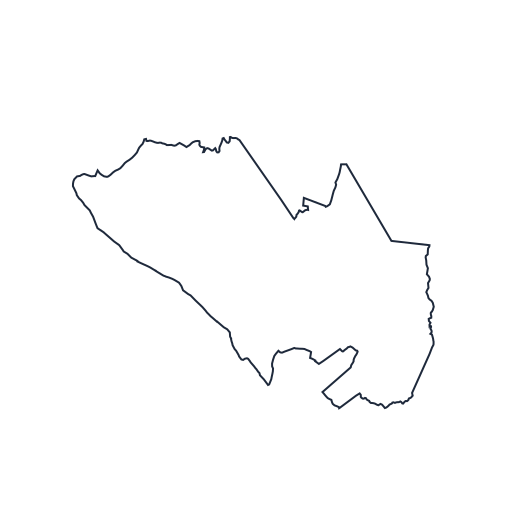 the district of Unión Hidalgo, Oaxaca, Mexico, rotated 200°
{"feature_id": "50627088B59683558731629", "entity_name": "Unión Hidalgo", "entity_type": "district", "adm_level": 2, "iso_a3": "MEX", "parent_name": "Mexico", "parent_adm1": "Oaxaca", "projection": "robinson", "projection_center": [-94.827, 16.487], "detail": "fine", "context": "isolated", "style": "outline", "palette": "slate", "viewbox_px": 512, "rotation_deg": 200, "n_neighbors": 0, "source": "geoboundaries", "source_scale": "gbopen_adm2", "svg_char_len": 5720}
<svg xmlns="http://www.w3.org/2000/svg" viewBox="0 0 512 512"><g transform="rotate(200 256 256)"><path d="M255.1,175.6L254.5,175.3L252.8,171.5L252.2,170.8L251.2,170.1L251.2,169.7L249.9,167.6L248.4,165.7L247.5,164.2L244.2,161.2L242.3,160.2L240.5,158.7L238.5,157.0L237.5,155.8L234.4,153.8L233.9,153.8L233.1,153.9L232.5,154.0L231.4,155.6L230.0,156.5L229.5,156.8L228.2,156.7L225.6,155.0L224.8,154.3L220.1,151.7L218.0,150.3L217.1,149.9L214.3,147.9L212.9,147.3L212.4,146.7L211.5,145.3L209.1,144.1L206.5,142.8L201.0,139.2L200.6,138.9L199.7,139.8L199.6,142.6L199.5,145.4L199.9,147.9L200.3,150.9L200.7,153.3L201.5,156.1L203.1,157.8L204.1,160.4L204.5,164.5L204.6,168.4L203.8,171.1L202.5,174.6L200.6,173.8L199.4,173.8L198.3,174.2L196.5,175.9L191.1,180.4L189.1,182.2L188.8,182.5L188.5,182.7L187.1,182.7L184.8,183.4L183.3,183.8L181.8,184.3L179.9,184.9L178.6,185.2L176.1,185.0L174.5,185.0L172.8,184.9L171.4,184.6L170.9,182.0L170.6,180.3L170.3,178.7L168.8,178.7L167.5,178.6L164.5,178.1L164.5,177.4L161.7,176.6L160.0,176.1L156.9,180.3L145.3,197.3L142.6,196.0L141.7,196.0L141.1,196.8L140.9,197.4L140.2,198.5L139.1,200.1L138.4,201.7L137.1,202.6L136.4,203.3L134.0,203.0L132.7,202.5L131.0,201.8L129.8,201.4L128.5,201.6L127.8,200.9L127.8,200.0L127.9,198.5L128.1,197.2L128.4,196.5L128.8,193.3L128.7,191.5L128.3,190.7L128.4,189.2L128.8,187.5L129.1,186.5L129.1,185.2L128.9,183.7L147.0,150.9L145.2,149.9L143.4,148.8L141.6,147.8L140.0,147.0L138.0,146.7L136.0,146.6L134.5,144.5L133.3,143.3L131.1,142.5L128.6,142.5L126.2,142.3L125.8,141.4L125.7,141.5L114.2,159.0L111.6,162.3L110.8,161.8L110.2,161.5L109.8,160.7L109.3,159.4L108.5,158.9L107.0,158.5L105.9,158.8L105.1,159.9L104.1,160.0L102.9,159.0L101.5,158.7L100.1,158.6L99.3,157.7L98.6,157.5L97.9,157.2L95.7,157.8L93.9,158.0L91.5,157.6L90.0,157.6L88.4,159.6L86.6,159.4L85.6,158.8L84.5,158.2L82.9,157.2L81.8,158.1L80.9,159.4L80.1,161.0L79.7,162.1L78.8,162.9L77.8,164.0L77.7,164.9L76.8,165.5L75.2,165.5L74.2,166.4L73.1,167.0L71.8,167.5L70.6,168.7L69.4,168.4L68.1,167.5L67.3,167.6L66.8,169.0L66.5,169.9L65.8,170.9L64.4,171.3L63.6,172.7L63.6,174.4L62.4,175.4L61.7,176.4L61.3,177.8L61.0,178.3L62.5,180.7L61.5,194.5L61.2,198.6L60.2,212.5L59.6,220.7L59.5,221.8L59.4,223.9L59.3,230.3L58.9,232.9L59.0,233.9L59.4,235.0L59.8,236.2L60.5,237.3L61.0,238.3L61.6,239.3L62.2,240.1L62.8,241.0L63.8,242.3L65.5,242.5L64.9,244.1L65.1,245.1L65.6,246.0L66.5,246.8L67.3,247.4L67.2,249.2L67.6,249.9L68.7,249.8L68.9,249.4L69.2,250.1L69.5,250.9L69.2,252.9L71.3,254.1L72.2,256.0L71.5,256.8L70.2,257.9L70.7,259.5L71.3,260.2L71.8,261.1L72.2,261.9L72.3,262.6L72.0,263.4L71.6,264.0L71.6,265.0L71.4,265.6L71.6,269.1L73.8,272.4L75.4,273.7L76.6,274.2L77.9,274.5L79.6,275.5L80.8,277.4L82.1,278.8L83.6,280.3L83.5,282.5L83.0,285.0L84.0,287.1L85.1,289.4L84.5,292.6L84.8,293.9L86.3,295.7L89.2,297.3L90.3,303.3L92.8,306.1L94.5,310.0L96.1,312.7L96.4,314.1L95.2,316.2L96.5,320.4L96.9,322.1L96.5,323.6L96.4,324.3L96.7,325.5L133.9,316.5L202.4,373.1L207.4,371.2L207.3,370.6L207.0,369.6L206.7,367.6L206.5,366.1L206.2,364.3L206.0,362.9L205.9,361.0L205.9,359.5L205.9,357.7L205.9,356.0L206.5,352.3L205.1,350.4L204.9,348.2L204.9,346.9L205.1,345.2L205.2,343.7L205.0,341.2L204.9,339.9L204.7,338.1L204.3,333.9L204.3,329.8L206.1,327.2L207.3,326.1L208.1,326.7L230.9,327.0L228.9,319.5L224.3,320.3L222.8,317.1L223.6,317.0L225.1,316.1L225.6,315.6L225.9,315.0L227.1,313.1L227.6,313.0L228.4,313.2L229.7,313.5L230.4,313.7L230.6,313.8L230.9,313.7L231.0,313.5L231.1,313.2L231.0,312.4L230.9,311.9L231.0,311.4L231.5,309.6L231.9,308.8L232.0,308.4L231.8,307.8L231.6,306.7L232.3,304.7L232.7,304.2L232.7,303.9L234.0,304.5L251.6,317.4L311.2,359.3L312.8,359.5L313.3,359.8L314.2,360.0L315.5,359.9L316.8,359.4L318.2,358.9L319.5,358.8L320.5,359.2L321.2,358.8L320.6,357.1L320.0,354.7L320.7,352.9L322.3,352.7L323.6,353.6L325.3,354.6L326.7,355.8L327.6,355.0L327.2,353.0L327.2,350.4L327.3,348.9L327.5,345.8L327.1,344.1L326.2,342.2L326.6,340.6L327.9,340.1L329.0,340.7L330.4,342.8L331.2,343.4L332.6,340.5L333.6,339.9L337.2,340.8L338.6,340.7L339.4,340.0L339.9,339.0L340.4,335.9L341.2,335.5L341.2,338.0L341.8,340.3L345.0,339.7L346.5,340.4L347.3,341.2L347.6,342.9L348.5,344.5L350.1,344.2L352.3,343.1L354.4,341.2L355.5,339.3L356.2,337.7L356.7,337.0L357.3,336.3L358.6,334.6L361.5,335.3L364.0,335.7L366.5,336.1L367.8,334.5L369.2,332.5L370.5,331.7L372.1,331.5L373.4,331.5L376.0,330.4L377.8,329.7L379.0,330.1L380.8,330.1L382.5,329.8L384.0,330.0L385.3,329.6L386.5,328.9L387.7,328.5L390.1,328.3L391.4,328.4L394.0,328.4L395.2,328.2L397.0,327.0L398.3,326.7L399.4,328.4L400.9,327.4L400.7,325.0L401.0,322.2L401.7,320.9L402.8,317.9L403.0,316.2L403.3,312.5L404.5,309.3L406.0,306.0L407.8,303.1L409.9,300.4L411.1,298.4L412.2,295.2L413.5,292.1L415.2,290.0L416.5,288.8L417.4,287.9L418.9,285.7L420.5,282.5L422.0,280.3L423.1,279.4L426.0,278.9L428.9,279.5L431.2,280.3L434.1,282.3L434.3,278.4L434.4,276.1L435.5,275.7L438.0,274.5L440.3,274.4L445.2,274.4L446.2,273.9L447.7,272.5L448.7,271.1L451.4,269.6L453.0,266.0L453.1,263.7L452.7,261.4L451.9,259.0L450.3,257.5L447.1,254.4L446.2,253.5L445.2,251.9L442.0,249.6L439.6,248.7L436.6,246.9L434.6,245.2L427.8,242.0L426.0,240.2L422.5,237.2L417.9,231.8L415.7,229.3L414.4,227.9L407.0,226.1L406.7,225.9L394.3,221.1L388.2,219.4L383.0,215.9L381.9,215.0L377.5,214.1L372.6,211.8L365.7,210.8L365.6,210.3L361.4,209.9L359.9,209.8L358.9,209.7L357.1,209.6L353.6,209.3L351.3,209.0L347.4,208.2L345.3,207.9L345.3,207.7L336.3,205.9L334.4,205.9L333.7,205.8L330.5,206.0L326.9,205.9L324.4,205.6L319.2,204.6L317.3,203.3L315.8,202.2L312.8,198.8L312.7,198.8L306.7,197.0L304.0,196.6L297.6,193.5L288.9,189.7L284.7,187.4L282.7,186.1L280.5,185.1L278.1,183.9L275.3,182.9L270.2,180.9L270.1,181.1L261.9,178.0L258.0,177.3L255.1,175.6Z" fill="none" stroke="#1e293b" stroke-width="2"/></g></svg>